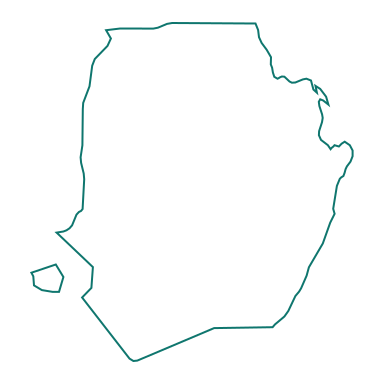 outline of Isabela
{"feature_id": "PHL-2550", "entity_name": "Isabela", "entity_type": "Province", "adm_level": 1, "iso_a3": "PHL", "parent_name": "Philippines", "parent_adm1": "", "projection": "orthographic", "projection_center": [122.081, 16.969], "detail": "fine", "context": "isolated", "style": "outline", "palette": "teal", "viewbox_px": 384, "rotation_deg": 0, "n_neighbors": 0, "source": "natural_earth", "source_scale": "10m", "svg_char_len": 1414}
<svg xmlns="http://www.w3.org/2000/svg" viewBox="0 0 384 384"><path d="M255.5,23.5L258.1,30.0L259.0,37.2L261.6,42.9L266.7,49.8L271.0,57.2L270.8,64.4L272.1,67.7L272.9,72.5L274.3,76.8L277.5,78.7L278.6,78.2L280.0,77.3L281.9,76.5L284.4,76.7L289.5,81.5L291.9,82.7L295.3,82.5L302.9,79.4L306.4,78.7L311.0,80.5L313.4,89.5L316.9,92.7L315.5,85.9L320.2,88.9L326.1,96.7L328.4,104.6L323.2,100.5L320.2,99.3L318.8,101.8L319.4,106.1L322.1,114.4L322.7,117.9L322.0,122.2L319.1,131.2L318.9,135.2L321.0,139.9L327.9,145.2L330.6,149.2L331.6,147.9L333.4,146.5L334.5,145.2L338.9,146.5L341.6,143.7L344.7,141.7L349.8,145.2L352.6,150.5L352.6,156.2L350.5,161.6L346.9,166.4L345.6,169.1L344.6,172.8L343.4,176.0L341.2,177.4L339.8,178.8L336.9,185.9L333.2,208.8L334.6,213.8L330.2,222.7L322.8,243.5L308.9,267.3L306.6,275.7L301.1,288.3L299.1,291.6L295.4,296.0L288.3,311.0L284.4,316.5L275.0,324.4L272.6,327.2L214.1,328.1L137.3,360.6L133.4,361.0L129.5,358.6L82.1,297.5L91.4,287.9L92.9,267.1L56.6,232.6L63.4,231.5L66.5,230.3L69.5,228.3L72.1,225.3L76.5,214.6L78.9,212.0L81.1,210.9L82.6,209.0L84.2,179.2L83.7,173.5L81.1,162.8L80.6,157.3L82.4,145.3L82.8,109.1L83.2,102.9L89.5,86.3L92.2,65.7L94.8,59.0L107.5,45.9L110.9,38.5L106.1,30.2L120.2,28.5L153.3,28.6L157.9,27.7L167.0,23.9L172.1,23.0L255.5,23.5ZM52.8,291.9L41.9,290.1L34.0,285.4L33.3,276.3L31.4,272.7L55.8,264.5L63.4,277.0L59.0,291.9L52.8,291.9Z" fill="none" stroke="#0f766e" stroke-width="2"/></svg>